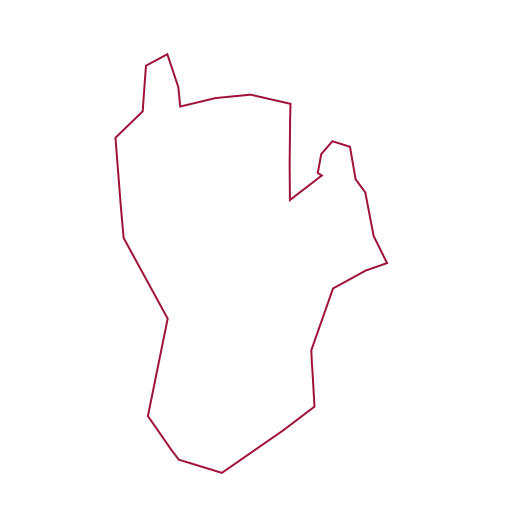 the district of Gurvansaixan, Dundgovi, Mongolia, rotated 83°
{"feature_id": "93677404B69080811901950", "entity_name": "Gurvansaixan", "entity_type": "district", "adm_level": 2, "iso_a3": "MNG", "parent_name": "Mongolia", "parent_adm1": "Dundgovi", "projection": "robinson", "projection_center": [107.027, 45.584], "detail": "fine", "context": "isolated", "style": "outline", "palette": "rose", "viewbox_px": 512, "rotation_deg": 83, "n_neighbors": 0, "source": "geoboundaries", "source_scale": "gbopen_adm2", "svg_char_len": 613}
<svg xmlns="http://www.w3.org/2000/svg" viewBox="0 0 512 512"><g transform="rotate(83 256 256)"><path d="M412.6,216.3L380.5,214.2L369.2,213.6L356.3,212.6L297.6,183.5L283.8,148.9L279.0,126.8L250.4,136.8L206.1,139.8L192.0,147.8L159.1,149.4L151.4,166.2L162.8,178.8L181.1,184.6L184.1,180.9L204.6,215.5L168.8,211.4L123.2,205.3L109.2,203.2L95.2,241.8L94.3,276.8L98.4,313.0L79.1,312.5L44.9,319.4L53.7,342.0L92.6,349.7L98.6,350.8L121.5,381.1L190.0,384.1L221.9,385.2L307.4,351.3L310.4,352.3L401.7,382.8L438.2,363.6L448.8,357.4L467.1,316.3L432.0,249.6L412.6,216.3Z" fill="none" stroke="#9f1239" stroke-width="2"/></g></svg>